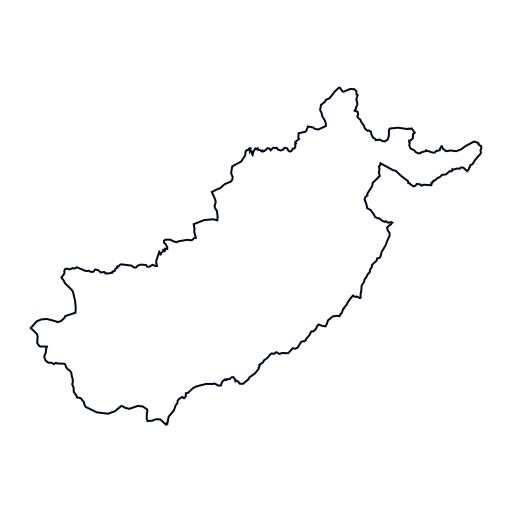 Intregalde, Alba, Romania
{"feature_id": "2599482B14836518060914", "entity_name": "Intregalde", "entity_type": "district", "adm_level": 2, "iso_a3": "ROU", "parent_name": "Romania", "parent_adm1": "Alba", "projection": "albers", "projection_center": [23.397, 46.245], "detail": "fine", "context": "isolated", "style": "outline", "palette": "ink", "viewbox_px": 512, "rotation_deg": 0, "n_neighbors": 0, "source": "geoboundaries", "source_scale": "gbopen_adm2", "svg_char_len": 6031}
<svg xmlns="http://www.w3.org/2000/svg" viewBox="0 0 512 512"><path d="M147.6,421.1L152.8,420.6L153.8,419.8L156.6,419.2L160.4,419.5L165.7,424.4L165.8,423.8L166.6,423.3L167.3,423.8L168.7,416.6L173.8,410.6L175.6,405.5L177.4,403.1L177.7,400.6L179.0,399.0L182.4,396.9L183.6,398.2L184.3,398.2L185.7,396.5L185.9,393.2L187.8,393.0L193.0,388.1L196.7,386.3L206.2,383.9L212.8,384.0L213.7,383.6L215.2,383.8L218.0,385.5L220.5,385.6L221.0,385.4L221.7,382.7L223.5,380.3L224.8,380.1L225.1,379.4L226.3,380.0L226.8,379.2L229.4,379.1L232.0,377.1L233.5,377.2L235.0,379.5L235.4,381.2L236.2,380.5L238.1,381.5L239.9,383.8L243.0,383.8L248.2,379.5L249.6,377.2L255.0,373.4L258.7,368.8L258.6,367.7L259.6,366.3L259.2,365.1L263.2,362.1L264.1,360.2L267.1,358.2L270.6,354.1L271.9,353.4L273.8,353.9L276.4,352.2L279.3,353.9L282.2,353.0L288.1,353.2L292.9,348.1L295.0,348.8L297.6,347.6L301.0,342.1L302.8,341.2L304.4,341.3L305.8,340.3L305.6,339.6L309.4,335.2L311.2,331.5L313.5,331.3L315.8,329.1L317.0,326.4L318.5,324.5L322.8,326.0L325.6,326.3L327.1,323.3L327.9,320.5L332.6,316.5L336.6,315.8L339.7,316.1L340.4,314.1L341.5,313.4L343.2,309.0L344.4,308.1L344.3,307.4L347.1,304.1L347.2,303.3L350.0,299.0L353.0,295.5L354.5,296.6L356.2,296.9L356.7,296.5L359.9,298.1L360.6,297.8L360.6,293.9L361.3,290.8L361.7,285.5L364.0,282.0L364.7,279.2L365.8,278.0L368.1,273.7L369.6,272.6L370.1,269.5L371.5,267.6L371.9,266.7L371.8,265.4L372.3,264.6L376.8,260.4L377.1,258.4L379.3,258.0L380.5,256.6L381.6,252.0L385.7,245.1L387.4,240.4L389.6,235.8L389.6,232.9L387.9,230.7L387.0,227.6L389.2,225.4L390.5,224.8L392.3,222.6L391.2,222.1L388.1,222.7L385.9,221.2L384.7,221.9L381.9,220.6L379.2,218.3L378.4,218.5L375.1,217.0L374.2,215.0L370.6,210.0L367.3,208.3L366.3,203.9L364.6,199.5L365.2,197.2L367.5,195.3L367.2,194.5L367.6,193.3L372.2,186.0L372.7,182.9L379.8,175.9L378.8,172.3L379.5,170.0L379.0,166.4L380.1,165.3L380.5,163.3L392.9,170.1L395.7,170.8L401.1,175.9L408.1,181.2L408.3,183.1L409.8,183.3L410.2,184.2L413.6,186.4L415.4,185.7L416.9,183.9L420.5,184.5L421.1,185.4L421.9,185.6L423.6,184.7L431.1,185.3L431.5,184.7L431.3,183.2L432.4,182.7L432.6,181.6L433.7,181.2L433.9,180.5L435.3,180.2L437.3,178.2L440.0,177.0L442.0,174.9L445.9,174.4L449.8,171.1L450.8,171.4L452.0,171.0L452.4,169.2L453.1,169.7L457.1,168.5L459.7,168.8L460.8,167.5L462.6,167.5L463.4,167.7L467.2,171.2L469.0,168.9L469.2,167.5L469.9,167.1L470.4,165.1L472.5,164.2L475.2,159.8L480.6,153.7L480.9,152.4L480.5,150.2L481.3,148.4L481.2,146.4L478.5,144.4L478.6,143.5L477.6,142.7L474.1,141.5L465.5,146.1L461.2,149.3L456.3,151.2L450.6,150.5L446.2,151.2L443.2,149.0L442.1,147.2L442.1,146.3L441.5,146.2L440.2,148.4L439.7,150.2L435.9,151.2L435.0,152.4L433.0,152.7L426.1,150.4L426.0,151.0L421.4,152.3L420.1,153.3L417.9,153.2L415.4,151.9L414.5,150.4L410.5,148.5L409.5,146.0L409.3,144.7L409.7,142.8L409.1,142.0L409.2,140.7L409.8,141.0L412.8,138.4L413.1,133.9L414.7,132.6L411.6,128.4L410.2,128.9L408.3,128.6L407.9,129.1L398.2,127.7L390.0,128.5L388.9,130.1L388.9,135.6L387.8,139.4L385.1,141.3L382.8,141.2L379.7,139.6L375.7,140.2L375.3,139.0L373.1,137.7L371.4,134.5L370.9,131.7L368.9,130.5L367.6,130.8L365.0,128.6L363.4,124.8L361.4,122.2L360.2,119.5L358.9,118.7L357.3,116.5L358.2,114.1L357.5,111.7L354.6,110.7L356.1,108.4L356.0,107.5L357.3,104.7L357.3,103.1L356.3,99.3L357.7,95.2L357.6,94.7L356.4,94.3L356.4,91.3L354.3,89.2L350.3,88.9L343.7,91.7L342.4,91.4L340.1,87.9L339.0,87.6L335.0,91.3L329.5,98.3L325.8,99.9L325.0,101.7L321.0,104.9L320.1,110.0L321.5,112.7L322.2,116.2L324.8,120.5L325.9,123.8L325.9,126.0L318.3,129.5L315.0,128.9L312.9,127.4L307.9,126.5L306.5,130.4L305.2,131.8L298.7,133.2L298.3,137.6L299.1,138.9L295.2,142.1L296.0,143.4L295.2,143.8L295.4,146.6L294.4,148.5L292.7,148.7L291.8,150.5L290.8,151.4L289.7,151.5L288.2,150.5L287.3,148.4L284.8,147.8L283.8,148.3L283.6,149.4L280.8,150.5L277.9,149.5L276.9,148.0L276.2,147.7L275.4,148.1L273.1,147.8L270.7,150.3L269.4,148.5L267.5,148.2L264.4,151.0L262.6,151.5L262.5,150.6L261.2,151.1L260.1,150.0L258.5,149.8L257.7,148.2L257.1,148.5L257.0,149.3L255.3,148.5L253.4,151.6L252.6,155.0L252.2,154.6L251.9,151.5L250.8,150.8L250.0,151.7L250.1,149.9L250.6,148.4L249.5,148.2L247.8,150.3L246.5,150.1L245.6,151.6L245.2,155.4L241.1,161.6L232.2,166.4L231.1,173.3L232.7,177.0L232.3,179.7L230.8,181.6L224.8,184.1L219.6,188.6L218.6,188.6L211.8,192.0L215.1,199.3L215.7,202.0L214.6,206.1L214.8,207.7L216.8,210.8L217.1,212.2L217.6,216.2L217.3,220.3L213.3,219.3L204.3,220.0L193.7,224.2L194.5,228.8L194.2,231.8L195.9,237.9L193.9,238.2L192.4,239.8L190.8,240.3L187.3,239.8L178.1,241.4L176.8,242.2L174.4,241.7L170.3,239.7L165.4,239.7L164.0,240.8L164.0,242.8L165.4,243.8L167.3,247.3L167.2,249.0L165.0,248.7L165.2,250.0L164.6,251.1L163.2,250.0L162.5,251.9L161.6,252.4L160.6,254.5L160.2,254.3L159.2,252.1L156.4,260.3L156.2,262.7L157.0,265.9L155.5,266.0L152.5,264.8L149.2,266.8L147.2,266.7L146.1,265.0L140.9,264.6L137.8,265.6L136.0,267.5L134.0,267.5L131.4,265.6L121.2,264.3L119.9,264.8L118.7,266.3L117.5,266.2L117.2,266.5L117.4,267.7L115.3,269.0L114.8,270.8L112.5,271.5L112.5,272.6L108.1,273.5L105.4,273.4L105.3,272.6L104.1,272.0L100.9,272.5L98.5,270.4L95.7,269.5L95.1,269.5L93.9,271.3L92.8,271.9L90.4,271.8L89.2,270.8L86.0,271.1L76.6,267.2L74.7,268.6L72.7,268.1L69.5,269.4L67.3,268.7L65.3,268.9L64.3,270.7L64.5,272.6L64.1,273.9L61.4,277.5L64.0,281.1L64.9,283.1L72.2,290.4L73.1,292.2L75.1,301.0L75.7,307.7L75.5,312.7L65.2,316.1L64.6,317.7L61.0,321.1L57.3,322.2L56.2,321.4L47.0,319.0L41.4,319.4L36.9,321.2L30.7,328.0L36.7,333.7L37.6,336.3L37.2,343.0L39.2,346.0L40.4,346.5L46.9,346.6L45.9,350.0L45.8,352.7L44.3,356.2L44.5,358.0L45.7,360.6L48.2,362.6L51.8,362.9L53.9,364.1L55.9,362.8L57.4,363.5L64.2,363.7L65.1,364.2L66.1,367.1L67.6,369.1L70.1,370.9L71.4,373.0L71.8,376.5L72.5,378.1L72.7,379.8L72.8,382.6L72.2,384.1L73.6,387.7L73.8,392.1L76.3,395.3L76.8,397.3L80.7,398.2L83.9,402.1L84.4,404.6L85.7,406.9L96.9,412.4L108.0,413.7L114.8,411.3L121.1,406.1L122.5,406.2L125.3,407.9L129.3,408.8L138.0,405.9L142.8,406.5L147.0,409.3L147.4,411.1L146.9,413.0L146.7,418.5L147.6,421.1Z" fill="none" stroke="#020617" stroke-width="2"/></svg>